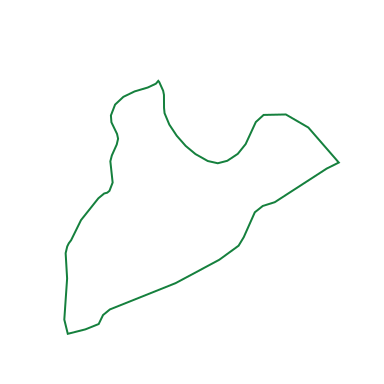 SVG path tracing the border of Ambeno, rotated 169°
{"feature_id": "TLS-543", "entity_name": "Ambeno", "entity_type": "District", "adm_level": 1, "iso_a3": "TLS", "parent_name": "East Timor", "parent_adm1": "", "projection": "mercator", "projection_center": [124.284, -9.341], "detail": "fine", "context": "isolated", "style": "outline", "palette": "green", "viewbox_px": 384, "rotation_deg": 169, "n_neighbors": 0, "source": "natural_earth", "source_scale": "10m", "svg_char_len": 862}
<svg xmlns="http://www.w3.org/2000/svg" viewBox="0 0 384 384"><g transform="rotate(169 192 192)"><path d="M341.0,76.5L341.7,91.1L331.1,130.9L327.7,156.1L324.9,162.3L322.7,165.2L319.9,167.7L306.3,185.6L285.1,203.7L278.5,207.3L275.3,207.5L272.8,208.9L268.1,216.4L266.3,237.7L263.7,243.2L256.8,253.0L254.4,258.4L254.5,263.3L257.8,275.8L257.0,282.6L250.8,292.5L241.2,298.5L229.1,301.7L215.5,303.0L206.8,305.2L203.9,307.5L203.2,306.2L201.0,296.9L201.0,292.7L203.4,279.9L203.9,274.6L201.4,262.5L196.3,250.2L189.4,238.4L181.4,228.6L170.6,219.4L161.2,215.3L151.4,215.9L139.8,220.7L130.2,228.8L116.0,248.5L107.0,254.0L85.1,250.2L65.5,233.1L42.3,192.9L55.3,189.3L112.7,166.2L125.2,164.8L134.2,160.1L149.8,137.8L156.5,130.4L178.1,120.3L225.4,105.7L295.0,92.4L302.8,88.2L308.8,80.2L322.9,77.5L340.7,76.5L341.0,76.5Z" fill="none" stroke="#15803d" stroke-width="2"/></g></svg>